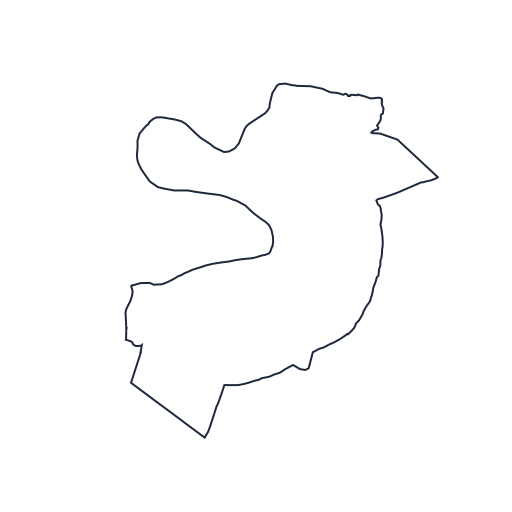 the district of Upper Fuladu West, Central River, Gambia, rotated 288°
{"feature_id": "56634734B91081024976770", "entity_name": "Upper Fuladu West", "entity_type": "district", "adm_level": 2, "iso_a3": "GMB", "parent_name": "Gambia", "parent_adm1": "Central River", "projection": "albers", "projection_center": [-14.638, 13.443], "detail": "fine", "context": "isolated", "style": "outline", "palette": "slate", "viewbox_px": 512, "rotation_deg": 288, "n_neighbors": 0, "source": "geoboundaries", "source_scale": "gbopen_adm2", "svg_char_len": 4022}
<svg xmlns="http://www.w3.org/2000/svg" viewBox="0 0 512 512"><g transform="rotate(288 256 256)"><path d="M136.1,158.2L136.3,159.3L136.2,160.3L136.1,162.4L136.1,163.2L136.1,163.5L136.1,164.0L135.8,164.8L135.6,165.0L134.9,165.6L134.6,165.9L134.4,166.1L134.2,166.4L134.0,166.5L133.9,166.8L133.6,167.3L133.5,167.8L133.3,169.8L133.6,170.5L133.9,171.3L133.9,171.5L134.3,172.5L135.0,174.0L135.2,174.3L135.6,174.6L136.0,174.9L132.3,175.5L128.3,176.0L128.4,176.3L96.8,176.3L93.1,187.2L87.7,203.1L79.3,228.2L74.8,241.3L67.4,263.3L74.2,264.8L79.4,265.0L101.4,265.0L103.4,265.4L103.8,265.4L108.9,265.6L115.1,265.8L123.5,265.8L126.2,274.5L127.8,279.1L130.5,284.0L133.7,288.9L134.9,290.4L137.5,294.1L139.1,296.9L141.5,299.2L144.4,304.3L145.8,306.6L148.3,309.2L148.8,309.7L149.2,310.3L152.4,314.8L155.1,317.0L157.3,318.6L158.7,320.1L159.6,320.9L159.8,321.0L162.8,323.9L163.8,325.1L163.2,327.6L162.0,332.9L162.9,338.2L163.4,338.7L165.4,340.7L167.0,340.7L182.1,339.8L187.5,345.1L189.8,348.5L194.8,353.3L198.4,357.4L204.0,362.5L209.4,366.5L210.1,366.8L209.9,367.6L213.1,369.4L217.4,371.4L220.1,371.9L222.8,371.9L226.3,373.8L233.6,375.4L236.3,375.4L236.5,375.4L241.4,376.3L243.6,376.9L245.6,377.6L246.6,378.0L248.4,378.4L250.0,378.4L251.8,378.2L255.3,378.4L256.4,378.0L258.8,378.0L261.7,377.4L267.9,377.7L268.7,377.7L273.0,377.5L275.4,378.5L276.1,378.3L280.8,377.3L281.5,377.2L285.5,377.2L290.0,375.8L293.4,375.8L297.7,374.9L301.5,373.8L303.6,373.6L307.6,372.5L310.0,371.6L310.4,371.5L314.1,370.0L321.1,366.6L324.5,364.6L330.1,363.9L334.4,362.7L337.3,360.9L339.3,360.2L341.8,358.4L342.7,356.0L346.1,353.3L347.6,354.2L351.2,359.6L357.8,368.2L360.5,371.6L377.2,390.5L377.9,392.5L379.7,395.0L382.2,399.3L385.7,403.5L387.2,404.5L397.0,383.4L410.4,354.6L410.8,336.2L408.8,328.8L409.0,327.6L409.3,327.8L410.4,328.2L410.8,328.3L413.2,331.0L414.1,332.8L415.7,332.8L416.1,332.3L417.5,330.8L422.8,332.4L424.8,332.4L428.1,331.3L429.2,331.3L430.6,332.6L435.7,331.7L438.4,329.3L439.9,328.4L441.3,328.4L441.9,327.7L443.3,327.7L444.6,326.8L444.6,326.6L444.6,324.1L443.1,320.5L442.2,318.9L441.3,316.0L441.3,311.7L441.4,310.2L441.3,308.4L441.1,303.7L441.1,303.1L440.9,303.0L440.2,302.6L440.1,302.4L439.7,300.5L438.6,296.3L438.5,296.2L438.4,296.2L437.4,296.1L437.2,295.9L436.6,294.1L436.8,293.9L437.5,293.5L437.7,292.8L437.8,292.1L438.0,291.4L438.0,291.2L436.3,289.0L436.3,284.7L436.2,283.4L436.1,282.5L434.7,276.3L435.1,271.6L435.6,267.5L434.3,255.4L431.0,244.1L430.7,243.3L429.5,236.4L429.1,230.8L426.4,224.6L424.5,223.3L415.8,221.2L405.2,222.0L401.4,222.9L397.7,221.9L394.8,220.7L394.4,220.4L379.5,208.5L376.6,206.9L373.6,206.0L359.4,205.0L357.7,204.9L352.0,202.7L350.2,201.1L347.5,198.5L345.7,195.4L345.0,192.9L345.3,191.4L346.4,182.8L348.2,178.1L348.4,177.6L351.3,166.7L353.7,161.3L359.8,148.8L361.1,143.4L360.7,136.3L358.8,123.6L357.0,118.4L354.4,115.7L350.5,113.3L348.2,112.9L345.1,110.9L336.8,107.5L333.9,107.5L328.7,107.7L323.5,109.6L315.0,111.6L310.5,113.6L307.5,115.8L303.0,120.1L298.1,126.5L294.0,132.1L291.2,141.4L291.4,143.7L291.6,147.2L293.0,157.7L297.3,171.1L298.4,179.2L298.6,180.2L300.5,190.9L302.7,202.2L302.9,204.9L303.0,208.8L303.0,211.2L302.5,216.6L302.5,220.6L301.6,225.5L300.7,230.4L300.2,231.4L296.1,240.1L293.3,247.9L291.4,254.6L290.7,256.0L289.5,258.7L285.7,262.5L279.9,266.0L274.9,267.9L270.4,268.7L270.2,268.4L264.6,268.2L262.4,267.5L261.7,266.5L259.4,263.7L259.0,262.7L258.9,262.3L254.9,256.6L253.4,254.2L252.7,253.0L252.2,251.8L249.5,245.7L249.3,245.2L248.6,243.6L248.4,243.2L247.3,240.9L247.0,240.3L246.3,238.7L244.2,235.1L242.5,232.2L239.7,226.2L238.2,223.1L236.9,220.6L235.2,217.2L230.7,210.0L229.2,208.2L223.3,199.8L219.9,196.2L217.7,193.5L214.5,190.7L212.9,188.4L209.9,185.9L208.8,184.9L204.1,180.2L200.0,175.2L197.1,167.6L197.6,163.3L197.1,162.0L195.4,157.0L194.6,154.6L190.1,148.1L189.9,147.2L189.6,147.0L188.7,146.6L184.5,149.5L180.4,150.4L174.6,150.4L165.8,149.1L163.8,149.1L161.5,149.5L154.1,152.4L147.3,154.9L147.3,155.1L147.1,155.0L136.5,158.2L136.1,158.2Z" fill="none" stroke="#1e293b" stroke-width="2"/></g></svg>